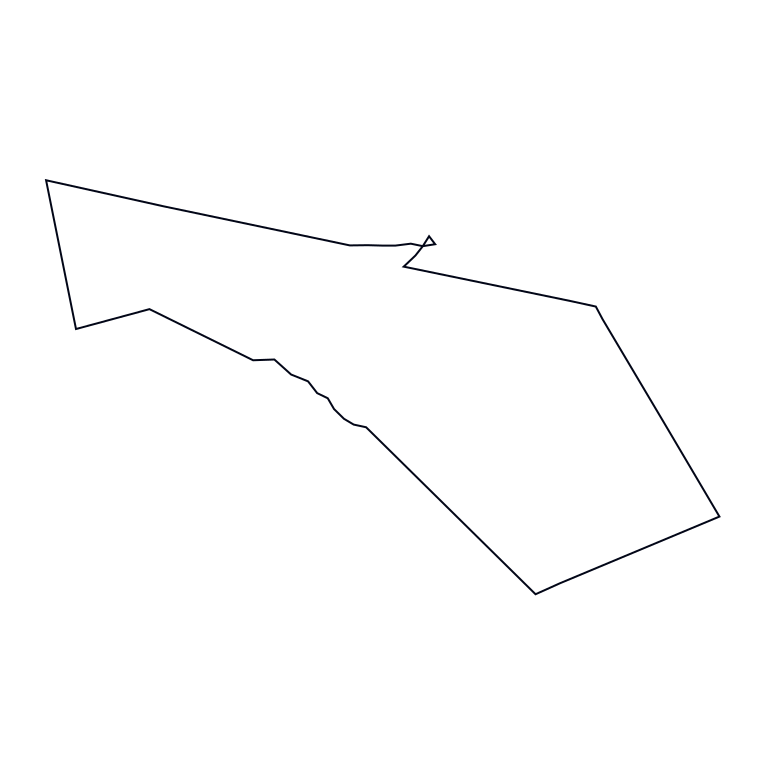 the district of Paulo Jacinto, Alagoas, Brazil, rotated 268°
{"feature_id": "56859067B5529182098966", "entity_name": "Paulo Jacinto", "entity_type": "district", "adm_level": 2, "iso_a3": "BRA", "parent_name": "Brazil", "parent_adm1": "Alagoas", "projection": "equal_earth", "projection_center": [-36.395, -9.37], "detail": "fine", "context": "isolated", "style": "outline", "palette": "ink", "viewbox_px": 768, "rotation_deg": 268, "n_neighbors": 0, "source": "geoboundaries", "source_scale": "gbopen_adm2", "svg_char_len": 573}
<svg xmlns="http://www.w3.org/2000/svg" viewBox="0 0 768 768"><g transform="rotate(268 384 384)"><path d="M454.0,598.4L460.3,573.7L500.6,407.8L511.3,419.9L520.4,427.6L523.3,415.7L521.9,400.0L522.4,386.9L523.3,372.6L523.7,354.7L569.4,169.4L599.4,53.4L449.7,78.1L467.0,152.2L412.3,254.0L412.3,275.3L396.7,291.5L389.3,308.2L377.2,316.9L371.7,327.3L360.7,333.2L350.6,342.8L344.5,352.3L341.4,364.6L168.6,528.1L178.8,553.1L239.8,714.6L335.9,662.3L441.1,604.7L454.0,598.4ZM520.4,427.6L521.9,440.0L530.1,434.2L520.4,427.6Z" fill="none" stroke="#020617" stroke-width="2"/></g></svg>